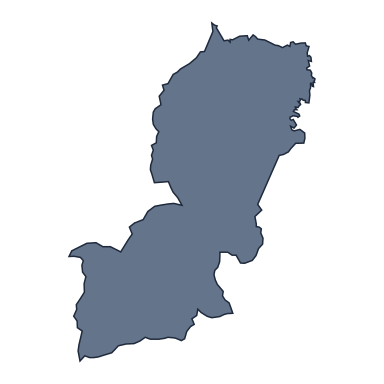 the district of Pano Pyrgos, Nicosia, Cyprus
{"feature_id": "46923920B70201539019351", "entity_name": "Pano Pyrgos", "entity_type": "district", "adm_level": 2, "iso_a3": "CYP", "parent_name": "Cyprus", "parent_adm1": "Nicosia", "projection": "orthographic", "projection_center": [32.674, 35.131], "detail": "fine", "context": "isolated", "style": "filled", "palette": "slate", "viewbox_px": 384, "rotation_deg": 0, "n_neighbors": 0, "source": "geoboundaries", "source_scale": "gbopen_adm2", "svg_char_len": 3265}
<svg xmlns="http://www.w3.org/2000/svg" viewBox="0 0 384 384"><path d="M71.7,251.0L69.0,256.5L74.1,256.3L80.4,257.4L83.3,260.7L81.9,265.2L82.6,272.2L85.9,276.6L84.1,283.7L84.4,292.2L80.0,299.2L76.3,304.7L76.7,309.5L73.7,316.2L77.1,321.0L77.4,327.7L82.2,331.0L78.9,345.1L78.1,351.0L80.0,361.0L84.8,355.8L89.6,357.6L93.4,357.6L93.6,357.6L98.4,356.9L103.7,355.2L105.4,354.7L111.7,352.8L112.6,351.9L115.3,349.1L118.3,345.8L126.0,344.0L134.1,343.6L140.0,341.0L143.5,338.5L145.2,337.3L150.3,339.2L152.4,339.2L158.8,339.2L162.8,338.6L164.3,338.4L168.0,337.3L173.3,337.8L175.4,338.1L178.8,339.5L181.3,340.6L184.6,338.8L185.5,335.8L186.4,332.6L186.8,331.4L188.9,328.7L190.5,326.6L192.3,325.5L194.2,324.4L193.1,321.6L191.9,318.8L196.7,315.5L197.8,309.2L201.1,312.5L207.0,316.2L208.4,316.7L211.8,317.7L216.1,317.1L219.6,316.6L221.3,315.8L224.1,314.5L227.2,313.6L232.8,313.3L230.6,307.0L229.1,302.9L225.1,300.0L224.4,298.9L222.5,295.9L223.2,291.4L217.3,284.4L216.2,281.9L215.4,280.2L214.6,277.3L214.0,274.8L214.5,271.9L214.8,270.4L216.5,268.6L217.7,267.4L218.0,266.5L219.6,261.9L219.7,260.3L219.9,255.9L219.9,254.2L219.9,252.2L227.7,252.2L232.1,255.2L236.1,255.2L240.5,263.0L244.6,263.3L252.3,260.4L256.0,255.6L258.6,248.5L262.6,244.1L263.0,238.2L260.8,233.0L261.3,228.8L259.2,227.1L256.3,226.6L256.3,224.0L255.4,219.1L255.1,217.7L254.9,216.5L261.7,210.1L257.7,204.4L279.2,155.4L283.4,154.5L288.4,151.9L290.9,148.5L295.7,143.3L303.8,143.1L304.9,138.3L304.7,133.0L299.9,129.4L294.2,130.9L291.8,129.8L290.6,126.2L294.0,128.1L296.5,125.0L293.2,119.5L291.3,120.3L289.9,118.8L290.1,117.1L291.2,116.8L293.0,115.7L295.0,116.1L296.9,116.3L297.9,117.3L299.7,116.0L298.9,114.1L293.4,111.5L294.4,109.7L296.9,109.7L295.5,108.1L295.3,107.0L298.0,107.5L299.3,105.6L300.6,104.6L300.1,103.1L298.9,102.7L298.1,101.5L299.5,101.7L300.5,99.8L300.1,98.9L301.2,99.2L302.0,98.9L302.8,100.0L303.7,100.3L305.0,100.3L305.4,100.9L305.4,102.5L308.9,102.9L309.9,95.1L309.5,91.1L309.8,89.5L310.4,88.5L310.6,86.1L310.5,83.5L310.7,83.2L311.1,83.2L312.2,85.1L312.3,86.2L313.5,86.6L313.1,82.5L314.6,82.4L314.0,81.1L314.6,80.4L315.0,78.9L313.5,77.7L312.8,78.0L311.3,75.3L311.6,74.3L311.7,72.9L311.0,71.5L310.2,70.1L307.0,69.8L306.7,68.0L309.6,66.1L308.3,60.5L311.4,61.4L310.9,57.2L309.4,55.6L307.6,56.3L307.2,52.9L309.0,46.5L306.2,45.8L305.3,42.9L300.9,43.1L295.5,44.2L293.1,41.8L290.6,42.5L289.9,46.4L287.4,45.1L282.5,47.6L278.3,45.6L274.9,45.1L272.9,44.0L264.8,40.0L257.7,39.1L255.6,36.7L253.1,34.9L248.7,40.2L247.3,35.7L239.7,36.2L232.6,39.8L230.1,39.4L230.1,42.1L228.0,40.1L224.0,40.8L220.5,34.8L216.4,27.9L217.1,25.9L214.6,25.2L211.8,23.0L212.9,31.5L204.5,51.5L200.4,51.9L196.4,57.8L189.4,63.7L180.6,68.9L177.2,72.2L173.2,74.4L168.0,83.6L162.5,85.1L164.0,90.3L159.2,96.2L161.0,104.7L155.2,108.8L153.3,112.1L152.6,119.1L153.3,124.3L155.9,128.7L158.8,131.7L156.6,136.5L156.3,142.8L151.5,145.4L153.3,150.2L151.5,155.4L152.6,159.1L150.7,165.3L150.4,169.8L151.8,173.8L154.4,182.7L163.6,182.0L168.4,181.6L171.0,187.9L173.2,192.3L177.6,197.5L182.0,205.3L173.7,203.4L167.9,204.0L161.0,205.1L154.7,206.3L147.8,211.5L143.2,219.6L134.5,223.0L129.4,227.1L132.2,234.0L128.2,239.8L120.7,251.9L110.4,246.7L102.9,246.7L96.0,242.7L86.8,243.3L71.8,250.8L71.7,251.0Z" fill="#64748b" stroke="#1e293b" stroke-width="1.5"/></svg>